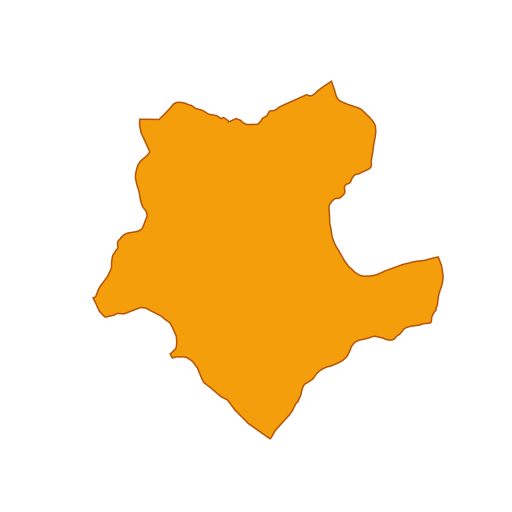 outline of An Nadirah, Ibb, Yemen, rotated 336°
{"feature_id": "15242507B41326170621958", "entity_name": "An Nadirah", "entity_type": "district", "adm_level": 2, "iso_a3": "YEM", "parent_name": "Yemen", "parent_adm1": "Ibb", "projection": "robinson", "projection_center": [44.521, 14.061], "detail": "fine", "context": "isolated", "style": "filled", "palette": "amber", "viewbox_px": 512, "rotation_deg": 336, "n_neighbors": 0, "source": "geoboundaries", "source_scale": "gbopen_adm2", "svg_char_len": 6109}
<svg xmlns="http://www.w3.org/2000/svg" viewBox="0 0 512 512"><g transform="rotate(336 256 256)"><path d="M243.6,83.7L242.5,83.5L242.1,83.8L240.5,84.6L239.0,85.4L237.2,86.2L235.1,87.1L233.3,87.9L231.1,88.7L229.4,89.4L227.6,90.1L225.8,90.7L224.0,91.5L223.1,91.9L205.5,83.8L203.0,88.6L201.2,96.3L201.4,117.5L199.6,118.8L198.0,119.6L196.2,120.2L194.6,120.8L193.0,121.1L191.4,121.6L189.8,122.2L188.2,122.9L186.7,123.8L185.2,124.8L184.0,126.1L182.8,127.5L181.7,128.9L180.6,130.4L179.5,131.9L178.6,133.6L177.6,135.6L177.2,137.5L176.7,139.7L176.3,141.6L176.0,143.9L175.8,145.9L175.5,148.1L175.2,150.1L174.7,152.2L174.3,154.0L173.7,155.9L173.3,157.7L172.9,159.8L172.6,161.7L172.6,163.6L172.6,165.6L173.0,167.4L173.7,169.3L173.7,171.2L173.3,173.3L172.8,175.2L171.7,176.4L170.6,177.5L169.1,178.8L167.8,180.2L166.5,181.6L164.9,183.0L164.0,183.9L163.5,184.3L161.9,185.0L160.3,185.2L158.6,185.3L157.0,185.0L155.2,184.7L153.5,184.3L151.8,183.8L150.2,183.4L148.5,182.9L146.7,182.8L144.9,182.8L143.2,183.2L141.4,183.7L139.9,184.5L138.4,185.3L136.7,185.9L135.2,187.0L134.3,188.7L133.8,190.8L133.1,192.5L131.7,193.4L130.0,194.0L128.5,195.2L126.7,196.3L125.3,197.4L124.2,198.7L122.0,202.2L121.0,204.0L120.7,204.8L120.1,206.1L119.3,207.8L118.6,208.7L111.9,214.4L100.9,220.6L98.2,222.7L95.2,225.8L92.6,228.3L89.9,227.7L90.0,227.7L90.4,233.2L90.4,242.7L93.1,250.2L94.0,250.7L101.7,252.2L106.2,252.2L112.0,255.2L129.5,256.1L134.0,258.6L137.1,262.6L140.7,267.1L144.8,272.1L147.0,276.6L150.2,282.1L150.6,287.6L150.6,296.6L148.9,301.6L146.6,306.1L144.8,308.1L138.1,310.6L137.9,310.5L137.7,311.1L138.1,315.1L142.2,315.6L144.6,316.9L148.2,318.4L149.2,319.0L150.8,320.0L153.1,322.9L154.8,326.0L155.2,326.6L157.0,334.6L156.6,346.6L157.0,350.6L159.3,355.0L160.3,356.6L166.7,370.1L171.4,376.0L174.1,388.0L180.9,406.0L194.3,428.5L194.6,428.7L196.2,428.0L197.6,426.9L199.3,425.7L200.7,424.6L202.0,423.7L203.6,422.8L222.2,414.6L226.3,412.1L230.4,408.6L233.1,406.7L234.8,406.3L240.4,401.2L242.5,398.3L244.6,395.7L247.0,393.6L249.1,392.7L252.3,392.5L257.7,391.5L259.3,390.7L260.8,389.7L262.7,388.6L265.9,387.3L267.6,386.8L269.2,386.5L270.8,386.2L272.6,386.2L274.5,386.2L276.0,386.3L277.6,386.6L279.1,386.8L280.8,387.0L282.6,387.1L284.4,387.1L287.9,387.1L288.4,387.0L289.5,387.0L291.1,386.9L292.8,386.6L294.6,386.1L296.2,385.6L297.9,384.9L299.2,384.0L300.6,382.9L302.1,381.7L303.5,380.4L306.1,377.8L307.4,376.9L309.1,375.9L310.5,375.3L312.3,374.9L313.9,374.8L315.5,374.8L317.3,375.2L319.0,375.5L322.1,376.1L323.8,376.5L325.8,376.7L327.5,376.9L329.2,376.9L330.8,377.3L332.4,377.9L333.7,378.9L335.2,380.0L336.4,381.0L337.9,382.0L339.4,383.6L340.8,385.0L342.1,386.1L343.5,386.9L345.0,387.7L346.7,388.1L348.4,388.1L349.4,387.7L349.9,387.6L351.7,386.6L353.2,386.0L354.9,386.1L356.4,385.4L358.1,384.7L359.6,383.8L361.1,383.0L362.7,382.6L364.3,382.6L366.0,382.7L367.6,383.0L369.4,383.3L372.8,384.3L374.5,384.8L376.1,385.3L377.8,385.8L379.3,385.7L381.0,385.9L382.7,386.4L384.2,386.8L386.0,387.6L387.8,388.0L389.3,387.4L390.3,386.0L391.1,384.3L392.3,382.7L393.6,381.5L395.3,380.2L396.8,379.4L398.3,378.7L399.2,377.2L400.4,375.8L401.7,374.4L402.8,372.9L403.6,371.4L404.7,369.5L406.7,366.4L408.0,364.7L410.4,362.0L411.6,360.8L412.8,359.6L415.0,356.7L416.1,355.3L416.9,353.8L418.1,351.9L418.9,350.1L421.6,340.2L422.1,331.0L419.3,330.3L418.8,330.3L417.3,330.0L415.7,329.7L413.8,329.4L412.2,329.1L410.5,329.0L408.9,328.7L407.1,328.2L405.2,327.7L403.3,327.0L401.4,326.4L399.7,325.9L398.1,325.6L396.1,325.1L394.6,324.8L392.8,324.7L391.1,324.2L387.4,323.6L385.7,323.4L384.0,323.2L382.5,323.2L380.6,323.1L378.9,322.9L367.3,322.1L365.7,322.2L364.1,322.2L362.6,322.2L361.0,322.2L357.7,322.0L356.1,321.7L354.5,321.3L352.7,320.8L351.0,320.4L349.5,319.6L347.9,319.0L346.2,318.3L344.8,317.3L342.3,315.0L341.2,313.5L340.3,312.0L339.5,310.6L338.8,309.0L338.2,307.0L337.4,305.5L336.6,303.7L336.1,301.9L335.7,300.1L335.3,298.1L334.8,296.0L334.6,293.9L334.5,292.2L334.3,290.5L334.1,288.6L333.9,286.6L333.8,284.8L333.5,283.0L333.2,280.9L333.0,279.0L332.9,276.8L333.0,274.8L333.0,273.0L333.3,271.2L333.4,269.4L333.8,267.5L334.9,263.8L335.4,261.8L335.9,260.1L336.2,258.3L336.6,256.5L337.2,254.7L337.9,253.1L338.7,251.3L339.4,249.7L339.9,248.0L340.7,245.8L341.4,244.0L342.0,242.2L342.7,240.6L344.2,238.9L345.5,238.0L348.6,236.5L350.1,236.0L351.8,235.9L353.5,236.3L355.2,237.0L356.7,237.0L358.2,236.5L359.9,235.9L361.4,235.4L362.8,234.3L363.8,232.4L364.2,230.6L364.8,229.0L366.2,227.8L367.8,227.2L369.4,227.4L371.0,227.4L372.5,226.8L373.7,225.6L374.9,224.4L376.7,223.3L378.3,222.5L379.9,222.1L381.5,222.2L383.2,222.8L384.8,222.7L386.6,222.5L388.4,222.6L390.1,222.6L391.9,222.5L393.6,222.5L394.7,222.4L395.5,222.2L397.0,221.5L398.1,220.2L399.0,218.7L399.4,216.8L400.3,215.4L401.4,213.7L402.6,212.1L403.5,210.6L404.6,209.1L405.5,207.7L406.6,205.7L407.6,204.1L408.6,202.5L409.8,200.7L410.8,199.3L411.9,197.7L413.1,196.0L414.0,194.6L415.8,191.5L416.6,189.7L417.1,188.0L417.8,186.2L418.0,184.3L417.9,182.3L417.6,180.4L417.0,178.6L416.6,176.8L415.9,175.0L415.1,172.9L414.2,170.9L413.4,168.7L412.7,167.1L412.1,165.5L411.1,164.0L410.1,162.7L408.6,161.2L407.2,160.1L405.8,158.7L404.6,157.5L403.1,156.3L401.5,154.9L400.4,153.6L399.1,152.2L397.8,150.8L396.7,149.5L395.4,147.7L394.7,146.1L394.5,144.3L394.4,142.4L394.6,140.7L394.8,138.7L395.2,136.8L396.0,127.0L395.0,127.2L383.5,129.2L382.8,129.4L381.0,129.9L379.3,130.2L377.7,131.0L375.8,131.7L374.0,132.0L372.3,132.2L370.7,131.8L369.3,130.8L368.0,129.6L367.5,129.2L338.7,129.3L338.2,129.4L336.6,129.7L334.9,130.2L333.2,130.4L331.5,130.4L329.8,130.0L328.3,129.3L327.9,129.3L326.4,129.6L324.9,131.0L323.3,132.1L321.6,132.6L319.8,132.6L318.1,132.8L316.6,133.7L315.3,134.8L313.6,135.3L311.9,136.2L310.3,136.1L308.7,135.4L307.0,134.8L305.6,133.9L303.9,133.5L302.3,132.6L300.6,131.7L299.5,130.5L298.4,128.8L297.6,127.0L296.8,125.4L295.4,124.2L294.3,122.8L294.0,122.4L285.5,122.4L285.5,120.9L282.7,116.3L280.0,116.3L277.2,111.8L270.4,107.2L266.3,101.1L260.8,96.6L258.2,92.2L256.9,91.3L255.5,90.0L254.4,88.6L253.1,87.4L251.6,86.3L250.1,85.2L248.5,84.5L247.0,83.8L245.2,83.3L243.6,83.7Z" fill="#f59e0b" stroke="#b45309" stroke-width="1.5"/></g></svg>